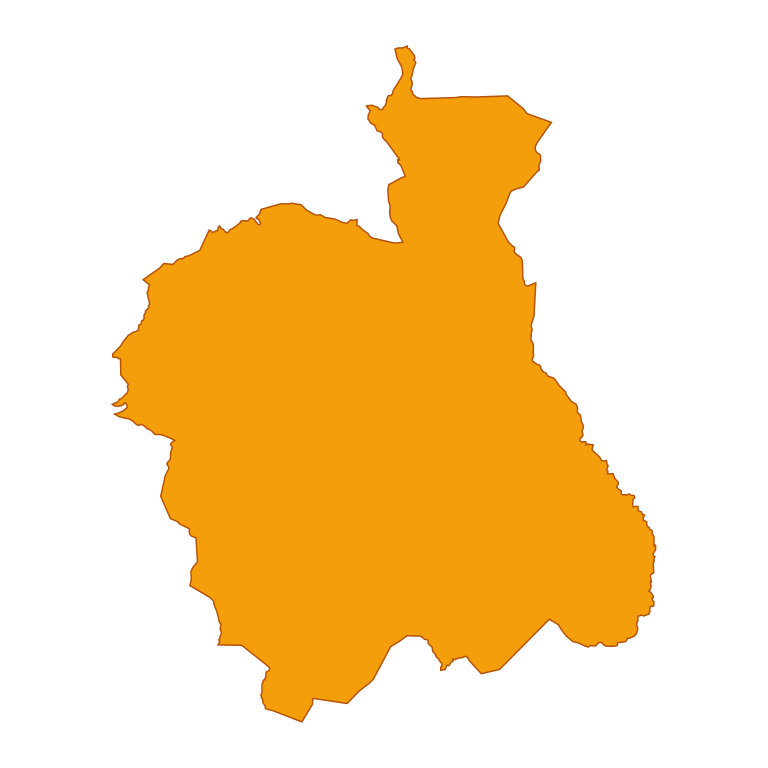 outline of Tancítaro, Michoacán, Mexico
{"feature_id": "50627088B20425370342224", "entity_name": "Tancítaro", "entity_type": "district", "adm_level": 2, "iso_a3": "MEX", "parent_name": "Mexico", "parent_adm1": "Michoacán", "projection": "albers", "projection_center": [-102.327, 19.354], "detail": "fine", "context": "isolated", "style": "filled", "palette": "amber", "viewbox_px": 768, "rotation_deg": 0, "n_neighbors": 0, "source": "geoboundaries", "source_scale": "gbopen_adm2", "svg_char_len": 6097}
<svg xmlns="http://www.w3.org/2000/svg" viewBox="0 0 768 768"><path d="M617.5,642.9L625.8,641.5L627.8,638.1L629.0,638.5L634.1,636.2L636.5,633.5L637.8,628.9L636.6,624.4L637.1,621.8L638.0,620.6L637.6,619.5L638.1,616.3L641.1,615.1L643.7,616.0L648.8,614.1L649.8,611.7L649.9,607.3L650.9,606.3L653.6,606.1L654.0,601.9L652.7,600.4L651.9,598.3L653.2,597.5L653.4,596.5L650.8,592.3L648.9,591.1L650.5,588.8L651.0,586.6L650.4,581.7L651.3,581.9L650.3,575.5L651.0,574.4L653.7,572.9L653.3,563.0L654.1,561.5L653.9,558.5L654.9,556.5L653.4,555.8L653.3,553.3L655.5,549.9L655.7,545.6L655.0,545.0L654.0,545.7L654.0,537.0L652.1,532.9L652.2,530.7L651.8,530.2L650.2,529.9L649.1,527.4L647.5,526.5L646.8,524.9L646.7,521.6L643.5,520.5L643.2,517.8L644.6,515.0L642.8,514.7L641.2,511.8L638.3,510.7L638.0,506.4L634.8,506.4L633.5,507.1L632.6,506.3L632.9,500.2L633.1,499.1L634.7,497.9L634.3,496.1L633.8,495.4L631.2,495.5L629.6,494.1L628.1,494.2L626.4,495.2L625.3,494.6L622.5,494.8L621.1,494.1L621.3,490.9L617.6,488.5L616.7,486.8L618.2,484.3L618.2,482.2L614.8,478.5L613.0,473.7L607.4,473.8L607.9,471.2L606.8,470.4L606.9,469.1L608.1,465.7L607.0,464.0L606.5,460.5L603.5,461.1L601.3,460.4L599.8,457.3L592.2,450.0L592.0,449.3L593.3,445.0L589.1,444.2L585.9,444.9L586.7,443.8L585.5,441.7L581.4,442.0L580.2,440.9L579.5,439.3L582.5,436.3L583.0,434.8L582.0,431.3L583.5,427.2L583.4,426.0L581.3,421.3L580.5,415.2L577.3,412.2L577.5,407.6L576.3,404.4L571.4,401.5L566.2,394.5L565.5,391.8L559.2,385.5L554.2,378.4L547.5,375.9L545.9,372.9L543.5,372.0L541.9,370.3L539.9,365.4L536.8,364.2L532.8,361.4L532.2,359.5L533.7,355.7L533.2,352.1L533.5,345.9L532.7,342.7L530.9,340.1L531.5,331.6L532.2,330.0L531.0,325.4L534.0,315.9L535.8,282.8L527.9,286.1L526.6,285.9L524.7,284.7L524.2,281.0L522.9,278.6L522.3,260.7L521.8,259.4L520.8,257.3L516.9,254.8L514.2,251.9L514.7,247.4L512.7,246.2L508.7,242.5L498.1,223.2L500.1,215.0L506.0,203.6L509.5,194.0L511.1,191.2L516.7,188.7L523.5,187.0L536.8,171.9L539.2,170.2L539.1,164.7L540.6,161.0L540.6,155.8L539.6,154.3L536.6,152.4L535.3,149.8L535.1,147.9L536.5,143.5L551.4,122.4L526.9,113.6L523.1,108.5L507.6,95.9L476.2,97.0L461.9,96.7L455.1,97.6L421.2,98.6L416.3,97.5L415.8,96.5L413.2,94.7L412.2,91.3L410.6,90.2L412.0,85.5L412.2,81.8L410.9,79.4L411.0,77.3L411.9,75.9L413.2,69.4L415.8,62.5L413.7,59.7L414.9,58.5L414.2,55.4L409.3,48.8L407.2,48.1L407.2,46.1L402.5,48.0L398.2,47.9L395.0,49.1L397.3,58.9L401.7,66.9L402.9,73.4L401.5,77.1L393.0,91.0L392.8,93.0L391.1,95.6L388.6,95.5L388.0,96.4L386.2,100.8L386.8,101.8L384.9,106.0L383.2,107.6L382.9,109.0L381.6,109.7L379.6,109.4L378.0,107.5L372.0,105.3L369.0,105.5L368.2,106.1L367.1,105.5L366.5,106.2L370.3,111.0L368.4,114.6L367.9,118.6L370.6,123.1L374.6,125.3L377.0,130.7L381.6,132.4L382.3,133.3L382.5,136.8L383.1,138.3L387.1,142.3L398.3,157.9L399.2,158.1L399.5,160.1L397.5,159.8L398.3,163.5L399.4,163.7L401.1,165.9L404.8,174.9L405.2,176.6L401.9,177.5L388.9,184.6L387.9,189.8L388.5,201.0L390.1,205.8L389.7,213.2L390.4,217.7L391.9,221.0L396.8,225.8L398.5,233.8L402.9,242.2L395.9,243.1L393.0,242.8L372.7,238.1L369.5,236.1L368.1,233.7L362.6,229.7L359.0,226.2L357.0,225.6L357.0,219.5L353.3,220.4L350.6,219.9L347.0,223.2L342.8,222.6L335.1,219.1L325.1,217.5L320.7,214.8L316.1,215.1L314.0,214.3L306.4,210.0L301.0,204.6L294.5,203.9L292.7,203.2L288.6,203.9L281.0,203.8L261.2,209.3L259.9,212.1L260.0,213.4L256.0,217.7L256.3,218.3L259.1,219.6L259.2,220.9L260.6,223.0L259.9,224.6L258.3,224.6L254.0,219.2L251.1,217.9L250.2,218.0L247.6,221.1L242.6,220.6L240.8,221.3L240.2,222.7L237.9,224.7L232.1,228.9L230.0,229.5L228.5,232.0L227.6,232.5L225.9,232.4L223.3,229.5L221.3,228.5L219.4,225.9L218.5,226.8L217.5,230.7L216.1,230.7L214.8,231.9L211.7,232.2L210.9,230.7L209.2,230.1L199.8,250.3L189.2,255.7L184.7,256.7L183.5,258.4L179.9,258.8L177.8,259.6L172.8,264.4L163.9,263.5L159.4,268.3L143.1,279.7L149.8,285.1L148.5,287.2L148.4,289.9L147.1,292.4L149.7,304.3L148.5,305.9L148.4,308.2L145.4,311.0L145.7,312.3L144.0,315.1L144.2,317.1L143.3,320.3L141.7,320.8L141.2,323.4L140.3,324.6L138.7,325.3L138.5,330.0L135.4,331.8L133.2,332.2L128.2,335.5L123.2,341.7L120.3,346.4L112.8,354.0L112.6,356.1L113.3,357.4L116.8,357.3L118.7,358.8L120.0,358.4L120.5,358.9L120.8,374.9L128.3,384.3L127.4,386.5L128.2,389.5L127.5,392.5L121.2,398.8L119.4,399.1L117.8,401.9L112.3,404.3L114.3,405.9L118.2,406.4L120.3,405.4L121.3,405.9L124.1,404.0L124.4,403.0L125.3,402.8L126.7,404.5L127.4,407.4L122.9,411.0L117.4,413.5L113.8,414.2L115.6,414.5L119.0,416.6L125.7,418.4L128.7,418.6L132.9,421.1L135.8,424.0L138.4,425.5L140.4,424.4L143.4,425.2L147.5,429.0L149.2,429.3L151.6,430.9L155.0,434.4L160.9,434.6L169.7,437.8L174.7,440.5L171.8,442.4L170.5,444.2L172.3,447.6L170.6,452.5L170.4,459.4L168.1,461.7L167.0,463.5L167.1,464.7L168.6,466.7L168.7,468.8L165.3,475.6L160.7,496.3L170.4,518.6L177.8,521.7L179.3,523.8L189.5,528.9L189.3,532.7L190.3,535.0L191.2,535.9L196.0,537.9L197.5,561.8L192.5,568.0L190.9,571.9L191.4,579.0L189.9,585.6L209.9,597.4L213.7,601.3L213.8,603.8L217.1,612.3L219.5,622.3L220.9,623.9L220.2,629.3L221.6,632.9L219.9,636.9L220.1,638.2L218.7,639.8L219.8,641.3L218.0,644.9L241.7,645.3L265.5,664.1L269.8,668.1L269.0,670.6L266.0,672.2L265.8,677.7L265.0,678.4L264.7,679.7L263.4,680.2L262.5,683.6L262.0,683.8L262.0,692.9L261.0,694.2L261.4,697.6L262.8,699.5L262.9,702.7L265.1,705.9L265.3,708.3L266.3,709.0L272.6,710.6L301.9,721.9L312.4,704.3L313.0,698.4L347.1,703.5L359.3,690.9L369.3,683.2L373.3,679.3L390.6,646.7L400.0,641.0L406.9,635.8L420.8,636.1L424.5,639.3L427.6,639.8L428.3,641.0L428.1,643.4L432.1,647.1L432.8,651.6L435.9,654.8L435.6,655.7L437.0,657.8L438.6,658.7L439.3,660.6L441.5,663.2L442.2,665.1L440.7,667.5L440.7,670.3L445.1,669.5L446.7,665.7L447.9,665.2L448.9,665.7L451.3,662.0L453.2,660.8L452.9,659.1L455.7,659.6L457.5,658.1L460.4,658.0L463.7,657.2L463.9,656.5L466.1,656.5L467.5,657.4L469.5,660.9L481.3,673.7L499.6,669.4L549.5,619.0L550.7,620.2L558.3,624.6L561.4,629.7L566.3,636.0L572.9,641.6L577.9,642.7L585.2,646.1L588.3,647.0L590.2,645.6L595.6,645.9L598.8,642.7L601.0,642.3L602.7,643.4L603.1,644.5L606.0,646.1L613.3,646.3L616.6,645.7L617.3,645.2L617.5,642.9Z" fill="#f59e0b" stroke="#b45309" stroke-width="1.5"/></svg>